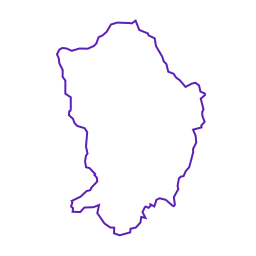 Makedonski Brod, Brod, North Macedonia, rotated 4°
{"feature_id": "65306769B48467279151544", "entity_name": "Makedonski Brod", "entity_type": "district", "adm_level": 2, "iso_a3": "MKD", "parent_name": "North Macedonia", "parent_adm1": "Brod", "projection": "equal_earth", "projection_center": [21.207, 41.644], "detail": "fine", "context": "isolated", "style": "outline", "palette": "violet", "viewbox_px": 256, "rotation_deg": 4, "n_neighbors": 0, "source": "geoboundaries", "source_scale": "gbopen_adm2", "svg_char_len": 1525}
<svg xmlns="http://www.w3.org/2000/svg" viewBox="0 0 256 256"><g transform="rotate(4 128 128)"><path d="M202.4,89.9L202.3,88.3L197.7,86.6L195.9,80.6L192.1,78.2L188.6,79.2L182.5,83.0L176.2,76.6L172.5,74.4L169.7,70.7L164.2,69.0L161.9,61.6L159.0,59.0L157.2,54.5L150.2,44.3L148.4,36.7L142.1,34.2L141.2,32.3L132.4,29.4L128.1,20.4L124.5,23.4L122.7,23.2L110.0,23.6L103.8,25.9L100.1,33.4L96.1,37.5L92.4,39.4L90.5,45.9L88.2,48.6L82.3,51.7L74.1,52.1L66.5,54.9L60.9,52.9L56.8,52.8L54.1,54.6L52.0,59.4L54.1,63.3L55.0,68.3L58.8,74.7L59.2,81.6L62.2,85.0L63.1,98.1L68.8,101.4L69.6,113.2L69.4,114.8L68.2,115.5L68.2,119.4L72.4,122.6L74.5,127.0L77.3,129.5L84.7,131.2L87.6,135.0L87.4,149.4L89.4,156.3L88.0,158.6L87.5,164.3L88.9,170.1L92.3,170.6L98.4,176.1L97.8,177.2L100.3,179.6L101.1,183.4L95.5,190.2L94.8,192.6L91.1,193.8L85.5,199.8L76.9,204.7L77.7,206.2L76.7,210.3L78.8,211.8L78.6,215.4L86.2,215.2L90.0,210.4L99.1,209.4L104.5,206.8L103.3,215.0L111.2,224.9L117.3,228.5L121.2,228.4L121.4,234.0L127.2,235.6L137.4,232.0L137.6,228.3L142.7,226.8L147.0,221.4L147.4,215.8L151.7,216.5L148.3,210.9L150.3,205.9L151.1,205.1L154.1,206.2L155.8,204.3L155.7,202.6L159.7,204.4L161.4,197.7L164.4,195.9L170.7,197.0L178.0,202.5L179.0,202.8L180.1,201.3L178.6,193.7L182.5,185.3L181.5,182.5L182.3,174.8L184.0,172.9L186.8,172.1L188.6,167.0L191.8,162.9L194.7,147.8L194.4,144.2L197.1,137.8L196.0,131.0L193.0,125.1L201.3,122.3L200.9,120.5L204.0,116.5L201.4,110.9L200.9,106.8L202.0,104.1L198.5,93.6L202.4,89.9Z" fill="none" stroke="#5b21b6" stroke-width="2"/></g></svg>